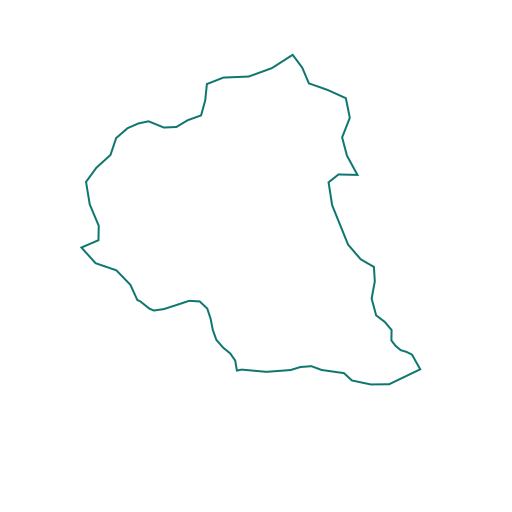 map outline of Ntungamo (orthographic projection), rotated 63°
{"feature_id": "UGA-3372", "entity_name": "Ntungamo", "entity_type": "District", "adm_level": 1, "iso_a3": "UGA", "parent_name": "Uganda", "parent_adm1": "", "projection": "orthographic", "projection_center": [30.302, -0.955], "detail": "fine", "context": "isolated", "style": "outline", "palette": "teal", "viewbox_px": 512, "rotation_deg": 63, "n_neighbors": 0, "source": "natural_earth", "source_scale": "10m", "svg_char_len": 1065}
<svg xmlns="http://www.w3.org/2000/svg" viewBox="0 0 512 512"><g transform="rotate(63 256 256)"><path d="M349.4,325.0L339.7,322.0L331.1,323.2L322.7,326.9L312.7,329.4L302.0,328.0L291.2,324.9L280.7,323.3L270.9,326.8L265.6,335.9L261.5,362.1L258.2,371.8L254.3,375.0L243.7,379.8L241.4,381.7L240.9,381.7L224.7,381.0L205.4,386.9L189.6,402.2L169.2,407.7L170.4,389.2L157.7,382.4L134.5,380.7L112.8,373.8L104.9,358.2L99.9,339.8L87.4,327.0L83.8,312.3L84.5,300.6L87.2,290.6L99.7,279.8L104.9,268.4L104.0,255.1L105.8,241.1L94.3,230.6L80.5,221.7L82.2,204.1L92.8,181.0L95.8,156.5L93.4,132.0L109.2,129.3L126.2,130.5L140.7,116.7L156.2,104.3L175.5,109.7L189.4,125.4L207.8,129.4L229.8,128.8L220.8,145.5L223.3,157.9L245.3,165.1L287.7,168.8L306.5,164.2L319.3,155.9L332.6,161.7L346.4,172.3L363.4,175.9L373.2,171.2L383.5,168.8L392.7,173.7L399.3,172.5L405.6,169.8L409.8,165.4L414.7,161.8L431.5,161.1L430.7,195.6L422.6,212.0L410.4,227.1L400.3,230.8L387.4,249.2L379.3,256.7L375.1,266.8L373.3,277.0L363.9,299.4L350.8,320.2L349.4,325.0Z" fill="none" stroke="#0f766e" stroke-width="2"/></g></svg>